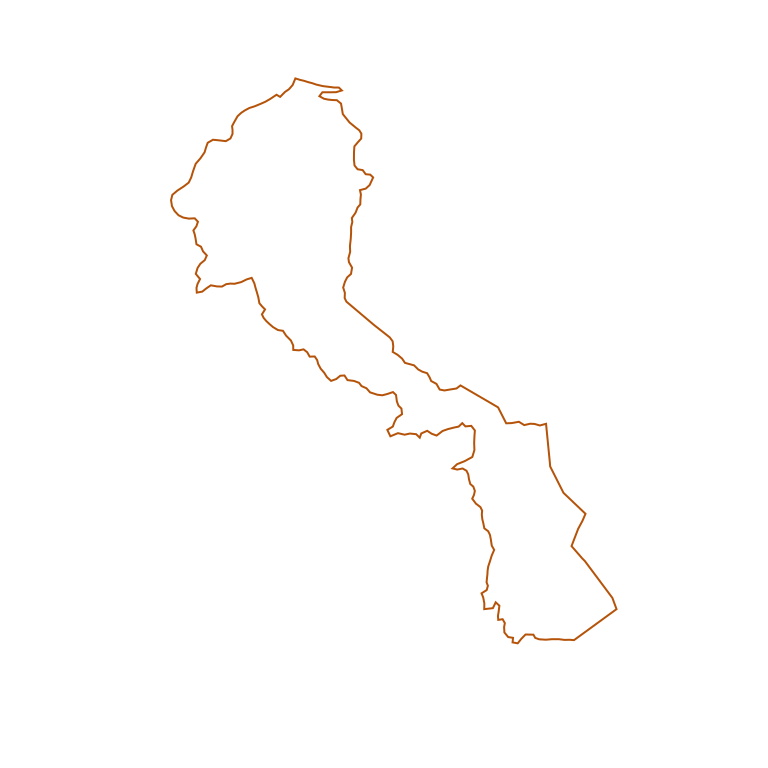 outline of Nilo Peçanha, Bahia, Brazil, rotated 244°
{"feature_id": "56859067B55520695908200", "entity_name": "Nilo Peçanha", "entity_type": "district", "adm_level": 2, "iso_a3": "BRA", "parent_name": "Brazil", "parent_adm1": "Bahia", "projection": "robinson", "projection_center": [-39.172, -13.65], "detail": "fine", "context": "isolated", "style": "outline", "palette": "amber", "viewbox_px": 768, "rotation_deg": 244, "n_neighbors": 0, "source": "geoboundaries", "source_scale": "gbopen_adm2", "svg_char_len": 3869}
<svg xmlns="http://www.w3.org/2000/svg" viewBox="0 0 768 768"><g transform="rotate(244 384 384)"><path d="M548.2,255.8L546.7,261.2L547.8,266.1L548.6,271.6L544.9,276.7L542.6,281.1L542.9,286.0L541.6,289.9L539.6,293.6L538.2,300.3L538.2,306.5L537.4,311.6L531.3,311.6L527.4,310.8L521.9,309.9L516.9,309.0L511.2,307.4L506.9,308.5L503.2,309.8L500.1,304.8L496.1,304.8L492.2,305.8L488.2,307.3L483.8,309.2L479.0,312.3L476.1,316.5L470.4,317.2L463.9,319.4L458.5,319.3L454.4,317.4L451.5,322.4L450.4,326.9L446.2,328.9L441.2,329.2L439.1,333.8L434.8,334.4L430.8,333.6L425.5,333.8L420.3,335.2L415.3,335.7L410.0,337.8L409.4,343.3L410.6,348.3L409.0,352.2L403.5,352.9L399.9,358.4L396.0,362.1L392.0,362.9L387.8,366.4L382.6,367.8L377.3,373.3L374.6,377.5L373.6,382.4L372.8,388.5L368.9,390.0L362.6,387.9L358.2,387.5L354.3,388.9L349.0,387.0L348.0,380.5L345.1,376.6L341.9,373.3L341.3,366.9L334.2,366.8L333.7,375.0L329.4,380.3L328.1,385.6L324.8,390.9L320.1,392.6L323.2,395.8L323.0,402.3L318.3,405.1L314.6,408.7L316.1,416.1L315.4,421.9L314.1,428.1L313.0,432.4L314.5,437.2L310.2,438.6L308.1,444.1L302.4,445.3L297.6,442.5L291.5,439.2L285.0,436.3L279.7,431.4L279.3,422.6L279.9,414.6L278.1,408.6L275.0,412.3L273.6,417.6L269.9,420.1L265.9,420.1L261.0,418.6L256.3,417.7L252.6,419.3L248.1,418.8L244.9,416.3L242.2,413.0L236.1,414.2L231.1,416.7L227.2,416.7L223.6,414.6L219.4,413.1L215.6,412.3L210.3,410.9L206.0,413.1L202.0,413.1L197.5,411.9L191.5,410.0L186.6,410.3L182.4,405.4L178.6,401.9L174.3,397.7L171.0,395.4L167.6,393.5L164.4,391.5L160.9,389.3L157.1,388.9L153.8,386.0L153.1,379.9L148.7,379.6L142.8,378.0L137.7,375.4L134.8,383.6L138.8,388.7L134.1,390.5L128.8,387.0L125.5,384.7L121.9,383.3L120.6,387.5L116.1,387.8L112.9,385.4L107.9,383.3L102.1,384.7L99.3,388.7L95.4,386.3L92.3,390.5L94.8,395.8L96.8,401.4L93.2,408.4L89.5,408.6L86.5,411.6L83.2,417.4L81.2,422.6L78.1,429.1L74.8,434.2L72.7,438.8L70.5,442.5L78.2,485.8L79.7,494.3L91.6,495.5L109.0,492.2L136.9,486.9L140.4,485.7L156.1,481.5L168.7,495.0L174.1,502.5L179.0,508.2L207.5,497.6L237.0,497.2L240.9,498.7L277.2,512.2L278.4,505.9L282.1,501.8L284.2,498.0L285.6,492.0L290.9,488.7L292.9,481.6L295.1,476.6L313.0,476.3L349.2,452.1L348.2,447.2L349.9,441.6L351.7,435.5L354.6,431.6L361.1,431.2L366.0,427.7L369.8,427.9L374.8,427.5L378.3,423.8L382.1,421.1L387.6,419.2L393.8,412.1L398.9,411.4L404.1,409.1L409.0,405.9L413.7,408.8L418.6,410.5L423.4,409.6L441.6,400.8L474.5,386.3L478.4,386.3L483.1,388.8L488.6,389.6L493.0,393.7L496.0,397.7L497.4,402.6L502.6,406.3L508.9,405.9L512.7,407.2L517.6,411.5L523.0,413.9L528.8,417.6L534.3,420.7L539.6,423.3L543.4,426.5L547.3,427.9L550.4,433.5L554.2,437.6L555.8,441.4L560.5,443.9L564.4,446.3L568.8,447.4L567.6,453.2L569.1,458.3L571.8,461.6L574.4,464.8L578.2,463.4L580.6,459.5L585.6,458.6L588.6,454.4L593.3,453.3L598.8,455.3L605.8,458.8L610.6,461.6L612.7,466.4L614.6,471.1L618.9,473.4L622.8,473.0L627.1,470.9L634.1,467.7L639.8,466.4L644.7,465.3L649.3,466.7L654.9,468.3L659.8,466.0L661.8,462.2L664.1,458.5L666.7,455.1L671.0,452.1L673.2,456.5L670.1,462.9L667.3,468.8L666.3,474.8L670.2,473.4L672.3,469.2L675.2,464.8L678.5,459.7L682.8,454.4L685.8,451.4L688.8,447.9L691.5,445.1L694.1,441.9L697.5,438.3L692.8,433.0L690.6,427.8L689.9,423.0L687.6,416.5L691.1,414.2L690.1,406.9L689.7,401.1L689.9,395.9L690.3,389.4L691.1,384.0L690.9,378.7L690.3,374.5L688.9,369.8L685.3,364.5L682.4,360.5L678.7,359.2L675.2,357.5L672.0,353.6L671.6,348.3L675.4,342.4L678.5,337.4L678.1,331.3L674.8,327.9L670.9,324.3L667.4,318.1L664.5,311.3L659.0,305.7L654.1,301.2L650.6,296.7L649.4,290.8L648.4,283.0L646.8,276.7L642.6,273.2L636.8,271.4L631.3,271.6L625.7,273.3L621.6,276.5L618.2,281.1L615.9,286.5L611.4,287.9L607.9,284.4L605.6,280.0L601.6,279.5L597.3,278.4L591.8,276.7L587.6,279.7L582.5,279.5L577.2,281.1L573.9,277.2L572.6,271.7L570.1,267.4L565.5,263.1L559.0,264.7L555.6,260.2L552.6,257.6L548.2,255.8Z" fill="none" stroke="#b45309" stroke-width="2"/></g></svg>